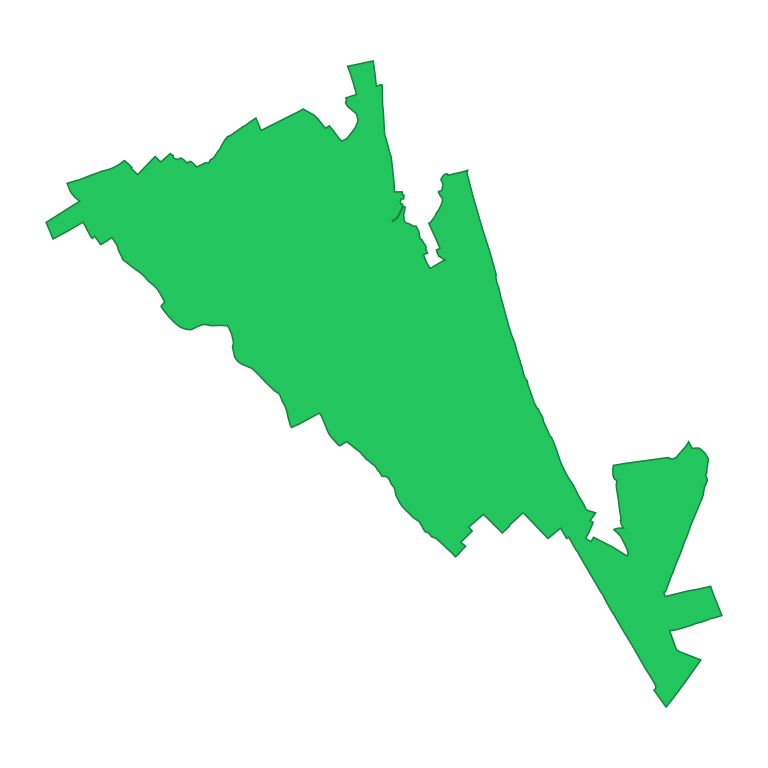 the district of Stefan Cel Mare, Vaslui, Romania
{"feature_id": "2599482B71455353964024", "entity_name": "Stefan Cel Mare", "entity_type": "district", "adm_level": 2, "iso_a3": "ROU", "parent_name": "Romania", "parent_adm1": "Vaslui", "projection": "orthographic", "projection_center": [27.601, 46.727], "detail": "fine", "context": "isolated", "style": "filled", "palette": "green", "viewbox_px": 768, "rotation_deg": 0, "n_neighbors": 0, "source": "geoboundaries", "source_scale": "gbopen_adm2", "svg_char_len": 6097}
<svg xmlns="http://www.w3.org/2000/svg" viewBox="0 0 768 768"><path d="M710.7,586.3L698.3,589.1L687.7,591.0L665.4,596.5L664.6,595.0L663.8,592.3L665.4,591.8L666.0,590.6L671.4,575.8L673.0,572.5L675.8,564.6L680.4,553.4L684.9,541.1L686.7,537.0L690.6,526.0L700.3,502.5L702.3,498.0L703.2,494.8L704.4,487.6L706.8,482.1L707.2,480.7L707.3,479.4L705.7,475.2L706.9,472.3L706.8,469.9L708.3,460.0L708.3,458.7L705.0,453.2L700.4,448.9L698.8,448.1L696.7,448.0L692.2,448.4L688.7,441.7L686.0,446.1L675.9,457.7L672.4,459.1L670.8,458.8L668.3,457.5L625.9,463.3L613.3,465.4L612.8,469.9L613.0,475.0L613.6,477.4L614.7,479.3L616.1,480.0L616.7,480.7L616.7,482.0L616.2,485.3L616.5,488.2L618.4,500.0L619.6,510.0L620.7,516.6L621.0,520.3L620.4,520.5L621.3,524.7L622.0,526.1L623.4,528.0L617.8,528.2L614.4,529.2L613.8,529.7L617.7,533.1L620.8,536.6L625.0,544.8L626.7,548.4L628.3,554.2L626.9,555.9L612.4,546.9L593.5,537.3L591.0,541.6L585.6,538.4L588.9,532.5L593.2,522.4L590.1,520.6L595.6,512.9L586.3,509.9L584.0,504.7L579.0,496.5L573.5,485.6L567.6,476.4L564.4,470.3L560.7,462.3L555.1,445.6L551.4,437.2L550.1,436.3L547.9,431.1L543.6,421.7L542.6,416.8L540.3,413.4L538.1,408.7L536.7,407.7L534.1,402.4L528.0,384.8L527.2,380.8L525.9,379.3L524.9,377.5L523.4,373.3L522.8,370.2L521.4,365.2L520.3,362.6L520.3,361.0L519.6,359.7L516.8,350.7L515.0,343.5L511.5,334.7L508.5,325.0L502.7,303.6L500.8,297.1L500.3,294.2L498.5,286.9L496.7,282.3L495.8,276.1L496.3,275.0L490.3,253.2L482.2,227.9L473.5,198.1L466.9,172.7L467.2,172.3L467.7,170.3L463.1,171.7L447.9,175.3L447.6,173.9L444.9,174.2L444.2,174.5L443.3,175.6L441.2,178.7L441.0,180.0L441.6,181.2L442.3,181.9L442.9,184.7L441.9,190.1L441.5,190.5L438.7,191.5L438.4,191.8L438.7,193.0L439.5,194.1L440.4,196.1L441.7,197.4L442.6,199.1L442.2,201.9L440.8,205.6L438.8,209.7L436.1,213.5L434.8,216.7L431.8,220.5L431.2,222.0L428.8,223.1L429.8,225.6L434.8,236.4L440.1,248.5L436.4,249.8L437.1,252.5L438.7,256.2L440.1,256.8L444.1,259.7L445.1,260.1L443.1,260.8L430.1,268.4L427.3,263.8L425.7,260.4L423.5,254.9L425.3,253.9L427.6,253.2L426.4,250.3L425.8,249.5L425.7,248.7L426.1,247.7L425.7,245.8L424.5,244.2L421.8,239.6L420.2,238.7L419.5,235.7L419.0,232.0L416.1,226.1L413.3,226.1L409.3,223.8L406.1,222.9L404.9,222.0L404.2,220.1L403.6,214.0L404.3,212.1L404.8,209.8L405.1,207.1L404.2,206.4L403.5,206.4L397.5,218.0L392.8,221.3L392.3,220.7L396.7,217.8L397.6,216.9L401.7,208.5L402.7,204.2L400.6,203.7L400.4,202.7L400.9,200.2L401.4,199.0L403.7,199.0L404.0,195.2L402.4,194.6L402.4,191.9L394.5,191.9L394.3,185.9L393.9,181.3L391.8,161.5L391.0,156.0L390.4,154.9L386.3,139.6L384.6,134.4L383.3,110.5L382.6,104.8L382.3,85.3L381.6,84.7L380.3,84.8L376.5,86.3L375.9,82.5L375.0,73.8L373.2,60.9L347.5,66.3L350.1,72.8L353.8,84.7L356.2,93.5L356.7,94.4L345.8,97.9L346.6,100.4L345.6,101.8L345.6,103.0L346.6,105.0L348.5,107.2L356.1,113.6L356.7,114.7L357.9,120.3L357.6,122.3L356.3,124.8L355.5,127.2L349.9,134.8L346.7,138.6L345.5,139.3L341.7,141.1L338.9,138.2L333.2,130.5L330.0,126.7L329.4,125.8L325.3,128.3L318.0,118.9L313.8,115.0L303.1,109.0L301.3,110.2L261.1,130.4L255.9,118.0L248.4,123.1L246.1,125.0L243.0,126.7L232.0,134.3L230.1,135.8L229.3,135.7L229.1,136.4L227.4,136.6L226.6,138.2L225.2,139.3L221.2,146.1L220.3,148.2L218.9,150.5L218.3,151.0L218.0,151.0L216.8,153.3L213.7,157.6L212.6,158.5L210.4,159.7L210.1,160.1L209.3,161.9L208.6,162.8L205.4,162.8L196.5,167.1L194.8,165.0L192.0,162.3L190.7,161.3L188.8,161.8L187.2,163.2L183.7,159.7L181.9,158.7L181.2,158.1L180.5,158.0L177.8,159.6L177.4,159.6L176.3,158.8L174.5,158.7L173.4,157.5L173.4,155.7L172.9,155.2L171.8,155.4L171.3,154.4L170.3,153.5L160.9,161.9L158.9,160.2L155.2,156.4L137.7,174.5L137.2,174.5L136.2,173.2L131.2,168.4L132.0,167.4L131.2,166.8L130.8,166.2L124.8,160.7L123.9,160.8L120.2,163.8L114.1,167.3L111.2,168.6L106.2,170.2L102.0,171.1L97.7,172.9L92.5,174.6L79.8,179.6L77.5,180.4L76.6,180.3L73.8,181.3L67.1,183.3L70.2,191.1L71.6,193.3L74.6,197.0L78.0,199.9L79.8,201.1L46.1,222.4L53.0,239.0L68.8,230.5L83.2,222.1L83.6,223.2L85.3,226.1L86.6,228.9L91.2,237.4L92.3,238.4L94.8,236.3L100.6,244.6L105.6,241.8L111.9,237.5L116.2,243.9L117.3,246.0L118.3,250.0L122.0,257.4L122.2,258.3L123.3,260.2L128.1,263.7L133.9,268.3L141.4,273.7L145.0,277.1L148.9,281.6L155.0,286.5L157.7,289.7L160.5,294.2L164.6,302.1L161.8,305.0L161.1,306.4L161.4,307.0L163.8,310.5L168.5,316.4L175.0,323.0L180.2,327.2L185.7,329.2L189.5,329.7L191.8,329.5L197.0,326.8L200.9,325.2L203.3,324.5L206.2,324.7L211.3,325.7L220.1,325.4L227.2,325.7L227.9,326.3L229.0,328.1L231.6,334.0L233.4,342.0L233.4,343.3L232.5,346.5L232.5,347.3L234.3,355.5L234.7,357.0L236.7,360.1L239.0,362.3L242.2,364.4L251.9,368.4L256.2,372.3L267.8,384.4L275.3,391.5L277.3,392.5L279.7,394.7L282.3,401.3L285.1,406.5L286.5,410.2L288.1,417.3L289.8,423.9L291.4,427.5L299.1,424.1L319.3,413.1L320.5,414.4L323.0,419.7L327.8,431.5L329.2,434.2L330.8,436.6L338.9,445.6L340.7,445.5L343.8,443.3L347.1,441.6L347.9,442.7L351.6,445.4L354.5,448.0L360.3,452.3L362.5,455.0L366.5,459.4L368.9,461.0L372.7,464.4L375.0,465.8L377.7,470.3L379.0,471.6L381.7,475.9L383.0,476.5L385.0,476.3L387.8,477.5L389.7,480.5L390.9,483.5L394.0,487.5L394.8,489.8L395.9,495.3L400.0,503.2L402.0,506.2L405.3,509.8L409.4,513.6L413.0,517.5L418.4,521.0L419.7,522.3L420.1,523.5L420.9,524.4L423.7,529.6L425.3,531.9L426.6,532.0L428.3,532.9L429.5,534.0L431.2,536.5L435.5,538.2L436.7,539.0L444.0,545.5L448.2,549.7L451.6,552.6L455.2,556.8L456.0,556.4L458.8,553.8L463.1,548.7L465.6,546.4L463.8,544.5L461.9,543.5L460.9,542.2L472.2,531.1L468.7,527.1L483.5,514.4L502.3,533.0L509.7,526.0L509.7,525.0L523.2,512.7L548.0,538.6L560.6,528.1L566.6,538.5L568.6,537.1L569.8,538.9L576.0,550.0L577.6,551.9L580.3,557.0L596.7,585.0L600.3,591.3L602.0,593.8L602.6,594.2L604.7,598.9L610.1,608.7L614.1,615.0L622.1,628.9L631.0,643.5L645.6,669.0L648.7,673.7L655.3,684.7L655.8,686.7L655.8,687.7L655.5,688.5L654.0,690.2L666.1,707.1L671.1,700.9L685.2,682.1L700.8,660.0L679.7,651.7L677.0,650.0L676.2,648.8L675.4,647.0L669.7,630.7L669.8,630.5L671.2,630.6L676.0,629.8L680.5,628.6L692.6,624.9L695.0,623.8L703.3,621.5L710.4,618.7L714.9,617.7L721.9,615.5L712.4,591.6L710.7,586.3Z" fill="#22c55e" stroke="#15803d" stroke-width="1.5"/></svg>